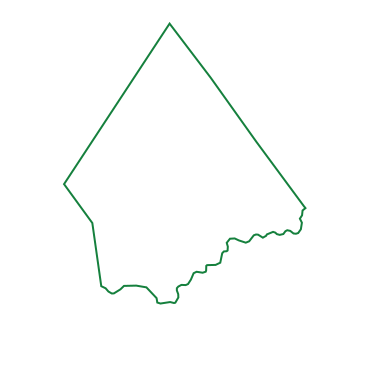 Starr, Texas, United States of America, rotated 303°
{"feature_id": "52423323B3441852728971", "entity_name": "Starr", "entity_type": "district", "adm_level": 2, "iso_a3": "USA", "parent_name": "United States of America", "parent_adm1": "Texas", "projection": "equal_earth", "projection_center": [-98.863, 26.511], "detail": "fine", "context": "isolated", "style": "outline", "palette": "green", "viewbox_px": 384, "rotation_deg": 303, "n_neighbors": 0, "source": "geoboundaries", "source_scale": "gbopen_adm2", "svg_char_len": 1045}
<svg xmlns="http://www.w3.org/2000/svg" viewBox="0 0 384 384"><g transform="rotate(303 192 192)"><path d="M63.6,167.2L64.2,172.0L63.0,176.1L63.2,180.0L64.4,181.7L71.4,185.0L76.2,186.1L83.1,196.2L87.2,205.7L83.7,220.1L80.4,223.1L81.3,226.3L87.8,233.6L89.1,237.4L90.1,238.3L96.1,238.0L98.8,236.1L101.2,232.9L103.1,231.7L105.2,232.0L108.3,233.7L110.5,237.4L112.6,238.8L117.9,238.8L124.8,237.6L127.6,239.3L130.1,244.9L132.6,246.9L133.9,246.6L137.8,244.2L138.9,244.5L143.7,251.5L148.1,254.2L157.1,250.7L159.5,251.1L161.2,253.3L162.3,253.7L165.7,251.8L168.3,248.8L173.5,249.3L176.3,253.1L176.9,257.6L178.8,264.7L181.8,266.8L189.3,267.4L191.2,268.8L192.2,270.6L192.3,276.3L195.6,278.0L197.2,277.9L202.7,281.7L203.3,284.0L202.9,286.1L203.8,288.9L206.5,291.5L210.0,291.7L211.8,292.7L212.9,295.6L212.5,299.7L213.6,301.9L215.4,303.4L220.0,303.6L226.1,300.9L228.4,297.0L232.4,297.0L236.7,294.8L240.3,295.9L241.0,293.7L269.2,218.5L298.0,145.5L321.0,81.5L290.1,81.3L128.9,80.4L111.7,125.3L63.6,167.2Z" fill="none" stroke="#15803d" stroke-width="2"/></g></svg>